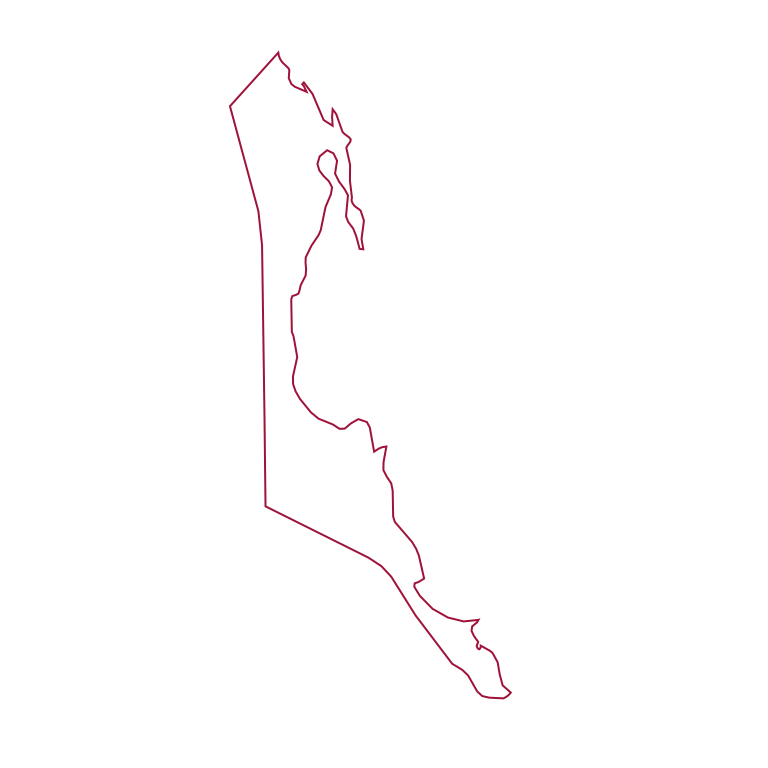 outline of Aurora, rotated 313°
{"feature_id": "PHL-2549", "entity_name": "Aurora", "entity_type": "Province", "adm_level": 1, "iso_a3": "PHL", "parent_name": "Philippines", "parent_adm1": "", "projection": "natural_earth1", "projection_center": [121.766, 15.77], "detail": "fine", "context": "isolated", "style": "outline", "palette": "rose", "viewbox_px": 768, "rotation_deg": 313, "n_neighbors": 0, "source": "natural_earth", "source_scale": "10m", "svg_char_len": 1971}
<svg xmlns="http://www.w3.org/2000/svg" viewBox="0 0 768 768"><g transform="rotate(313 384 384)"><path d="M554.3,80.7L552.2,83.4L550.6,87.0L549.9,90.6L549.8,98.8L548.9,100.8L542.7,105.8L540.2,111.8L540.6,116.2L544.9,128.1L547.1,122.5L547.5,119.7L549.9,119.7L547.4,133.9L535.9,159.8L537.8,170.3L543.8,164.0L549.9,159.1L548.8,165.0L540.1,181.7L539.9,184.3L540.6,190.5L540.1,192.9L538.3,194.1L532.7,194.8L530.9,195.5L521.2,209.7L509.3,220.6L498.4,233.5L497.1,234.3L495.9,235.4L494.8,237.6L494.1,240.9L494.4,244.1L494.8,246.8L494.8,248.8L489.8,257.9L474.7,268.7L468.4,277.0L466.2,274.0L473.2,262.8L476.7,255.4L478.1,247.3L480.8,241.8L497.4,229.0L499.6,222.4L501.4,213.0L504.5,204.7L515.3,197.4L518.2,189.8L516.2,183.0L506.6,181.7L499.6,185.2L496.1,191.0L494.9,198.0L494.7,205.5L492.4,211.9L486.7,215.7L473.4,220.6L453.4,232.8L448.3,234.6L435.7,236.6L423.2,240.4L418.9,244.2L414.8,248.8L409.9,252.7L399.4,255.7L395.4,258.1L391.7,259.8L388.8,258.7L385.9,257.0L382.8,258.3L359.2,281.1L357.2,285.3L344.5,302.2L327.4,312.3L322.0,317.5L318.4,324.2L315.8,332.6L313.4,349.9L314.0,359.8L319.5,374.1L320.9,382.1L324.6,385.7L332.7,386.7L340.8,389.2L344.5,397.4L342.5,403.3L327.8,422.9L333.6,424.4L336.6,425.8L339.9,428.4L326.6,436.9L320.6,442.3L318.1,449.3L316.3,457.0L311.9,463.1L293.3,481.1L290.5,486.0L287.6,512.3L285.4,519.9L282.3,526.5L269.1,546.0L263.0,544.4L259.1,542.4L256.4,544.4L253.5,554.7L252.7,572.9L256.8,590.0L264.7,604.2L275.1,613.3L276.0,613.9L273.2,614.6L266.9,613.8L263.2,616.3L261.1,621.5L259.6,628.8L258.7,629.3L257.2,629.6L255.5,630.6L254.5,633.1L255.0,634.6L256.4,634.6L257.9,633.9L258.6,633.2L261.0,642.9L261.4,646.5L258.0,656.9L250.6,666.6L244.5,676.3L244.8,687.2L242.4,687.3L240.0,687.1L237.6,686.5L235.5,685.7L226.4,674.9L222.8,668.7L222.7,661.9L228.2,644.3L228.3,636.2L225.9,624.7L236.3,564.8L248.0,520.8L249.0,506.4L246.4,491.1L213.7,380.8L276.7,320.7L402.3,200.2L424.7,174.3L482.1,81.9L554.3,80.7Z" fill="none" stroke="#9f1239" stroke-width="2"/></g></svg>